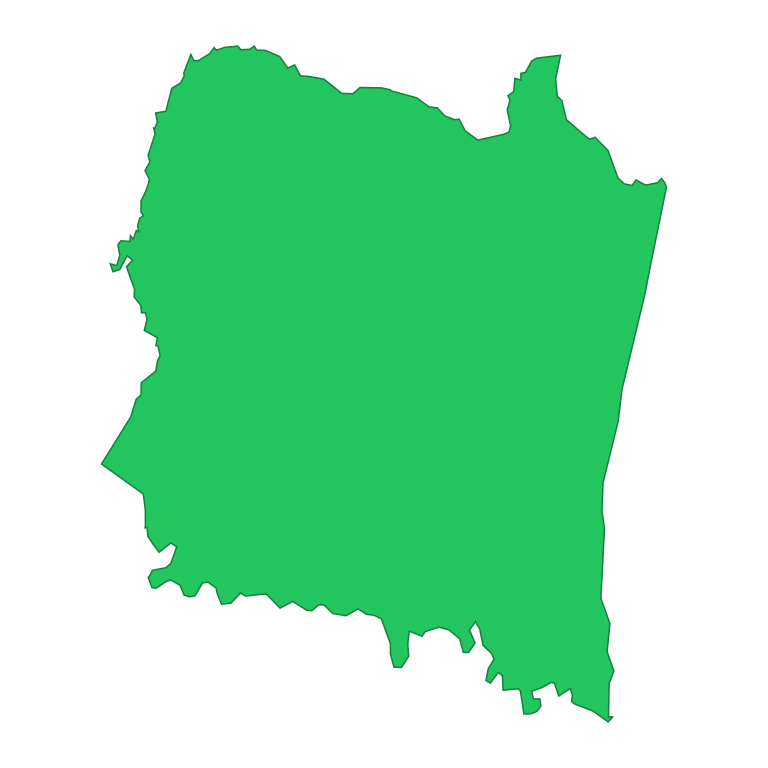 the district of San Sebastián, Puerto Rico
{"feature_id": "32010507B16977701319194", "entity_name": "San Sebastián", "entity_type": "district", "adm_level": 2, "iso_a3": "PRI", "parent_name": "Puerto Rico", "parent_adm1": "", "projection": "equal_earth", "projection_center": [-66.981, 18.324], "detail": "fine", "context": "isolated", "style": "filled", "palette": "green", "viewbox_px": 768, "rotation_deg": 0, "n_neighbors": 0, "source": "geoboundaries", "source_scale": "gbopen_adm2", "svg_char_len": 2885}
<svg xmlns="http://www.w3.org/2000/svg" viewBox="0 0 768 768"><path d="M190.9,54.4L183.8,73.0L184.1,76.3L180.6,82.9L171.8,88.3L165.9,111.2L155.6,113.0L157.4,122.0L154.7,128.5L153.7,128.1L155.0,134.1L148.1,155.4L149.9,161.8L145.0,170.8L149.4,179.3L148.2,184.3L145.3,192.2L141.0,201.0L141.0,212.1L143.5,215.6L139.6,218.4L137.6,225.7L138.7,231.8L136.3,230.5L133.3,239.1L130.4,235.8L130.0,241.4L120.9,240.8L117.9,244.6L119.8,255.2L116.8,265.6L110.3,263.8L113.0,271.8L119.6,269.7L127.1,255.9L132.6,260.1L126.5,266.8L134.6,289.6L134.1,296.8L140.8,305.5L141.5,312.8L145.4,312.7L147.0,319.1L144.3,330.5L157.4,337.7L155.9,345.6L158.0,345.9L160.1,355.8L157.7,360.2L155.7,371.1L141.2,382.9L141.0,395.0L136.2,399.1L130.7,417.1L125.4,425.5L101.5,464.0L143.3,494.0L145.3,510.0L145.4,525.1L145.0,527.9L147.1,527.7L147.9,536.3L153.0,544.1L159.1,552.3L170.8,543.0L176.7,546.7L170.9,563.3L165.9,567.7L152.4,570.3L150.5,574.3L148.2,577.5L152.1,587.7L156.3,588.1L166.7,581.2L171.1,580.2L180.0,585.2L184.1,595.1L189.9,596.9L195.1,595.7L202.5,583.0L208.0,582.1L216.0,587.9L217.3,593.8L221.6,604.2L231.0,603.1L240.5,593.1L245.7,596.1L262.2,594.2L266.5,594.2L280.1,608.1L292.7,601.5L306.7,610.2L311.9,610.7L318.5,605.0L323.8,604.8L332.8,613.5L346.1,615.7L358.0,608.9L366.5,614.4L373.9,615.2L381.4,618.8L390.4,643.7L390.4,654.0L394.1,667.3L401.6,667.3L408.7,656.2L407.8,644.3L409.2,631.2L422.1,636.3L425.2,631.6L438.6,627.2L449.1,629.9L459.7,638.9L463.3,652.4L468.6,652.5L475.0,643.0L469.5,630.0L475.5,621.6L479.8,629.4L483.1,645.5L491.3,653.1L494.0,659.2L488.2,668.8L486.0,680.5L490.4,683.1L498.3,672.4L502.4,675.7L503.1,690.2L517.8,688.8L520.4,690.8L523.9,714.0L530.3,713.9L536.8,711.6L540.9,706.1L539.8,698.9L533.4,698.9L531.6,691.3L541.7,687.7L551.2,682.4L554.4,683.2L558.8,696.0L570.3,688.5L572.3,695.0L571.6,701.2L574.4,703.9L593.4,711.3L608.1,721.9L612.7,717.1L611.8,716.9L608.5,716.9L609.1,683.6L613.9,671.0L607.1,651.6L609.9,623.5L600.9,598.5L601.9,578.6L604.5,528.1L603.0,518.1L602.0,510.8L603.0,483.0L618.1,421.7L620.4,402.8L621.5,393.4L622.2,388.5L645.0,293.8L650.7,264.4L666.5,187.0L664.6,182.4L663.2,180.7L661.5,178.5L657.5,182.7L645.9,185.1L641.9,183.2L636.2,179.9L632.1,185.4L624.2,183.9L617.9,177.9L608.1,150.6L595.1,137.3L589.3,139.2L579.2,130.8L566.4,119.6L561.8,100.5L557.3,96.3L555.6,78.7L560.6,55.2L536.5,58.2L531.7,60.9L525.4,72.4L520.9,73.3L520.9,80.1L514.9,78.2L513.7,91.6L507.9,95.7L510.0,100.1L507.2,109.9L510.6,125.7L508.9,132.1L503.3,134.4L477.8,140.1L465.1,130.8L459.2,119.2L454.4,119.7L444.8,115.9L437.3,107.9L429.1,106.9L416.7,97.8L392.3,91.2L389.9,89.7L381.8,87.9L377.9,87.8L360.0,87.5L352.9,93.7L341.7,93.4L323.9,79.1L308.7,76.4L300.4,75.8L294.7,64.9L287.8,68.0L279.8,56.6L265.2,50.3L256.7,50.2L254.3,46.1L249.6,49.3L240.7,49.7L237.8,46.1L224.6,47.4L216.5,50.2L214.1,47.6L209.7,53.6L198.4,60.6L193.7,60.6L190.9,54.4Z" fill="#22c55e" stroke="#15803d" stroke-width="1.5"/></svg>